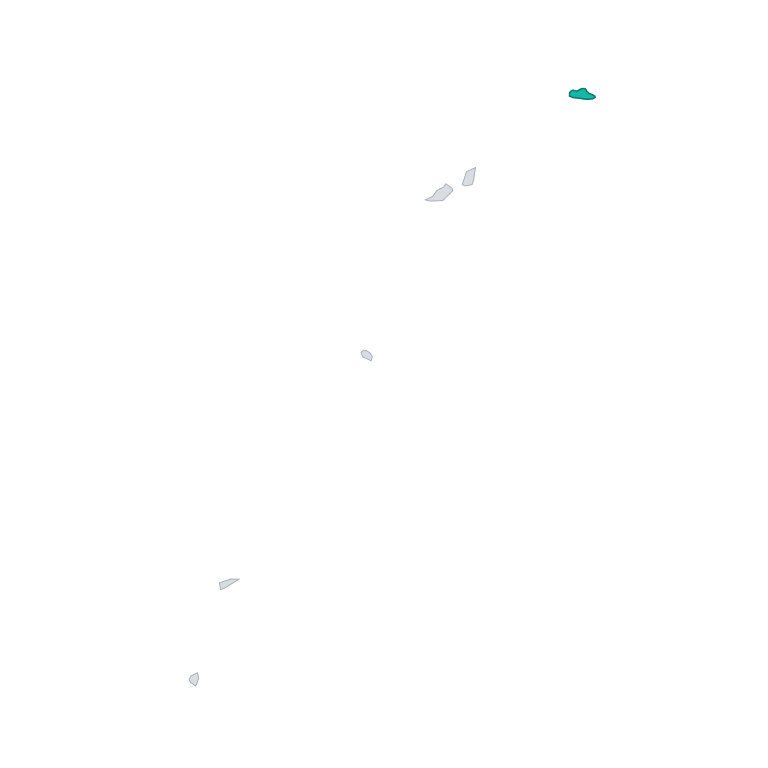 Northern Mariana Islands, with Rota highlighted, rotated 208°
{"feature_id": "MNP-4937", "entity_name": "Rota", "entity_type": "state/province", "adm_level": 1, "iso_a3": "MNP", "parent_name": "Northern Mariana Islands", "parent_adm1": "", "projection": "mercator", "projection_center": [145.214, 14.157], "detail": "fine", "context": "in_parent", "style": "filled", "palette": "teal", "viewbox_px": 768, "rotation_deg": 208, "n_neighbors": 0, "source": "natural_earth", "source_scale": "10m", "svg_char_len": 1059}
<svg xmlns="http://www.w3.org/2000/svg" viewBox="0 0 768 768"><g transform="rotate(208 384 384)"><path d="M423.8,585.9L423.4,589.8L416.0,588.8L414.0,587.1L418.2,573.6L428.8,567.3L433.9,566.0L429.1,572.4L428.2,579.7L423.8,585.9ZM410.8,610.3L404.8,618.0L400.6,606.1L399.9,601.3L405.4,596.9L408.6,597.0L410.8,610.3ZM353.2,732.0L346.0,739.0L340.8,737.6L337.6,735.2L336.8,731.2L348.5,727.3L353.3,728.7L353.2,732.0ZM427.5,140.1L420.5,143.5L429.2,128.5L431.9,125.8L435.9,131.3L427.5,140.1ZM417.5,35.7L413.1,41.4L409.4,37.2L408.4,28.9L414.8,29.7L417.2,31.4L417.5,35.7ZM418.0,404.2L414.9,405.3L410.2,404.7L407.0,402.4L406.3,398.4L415.6,398.1L419.1,401.1L418.0,404.2Z" fill="#d9dde1" stroke="#a8b0b8" stroke-width="1"/><path d="M344.6,728.5L351.4,725.7L355.4,725.3L356.9,728.5L356.4,730.3L355.7,731.6L354.5,732.4L352.5,732.6L351.0,733.2L350.0,734.7L349.1,736.4L348.0,737.7L345.2,739.1L343.7,738.6L342.3,737.5L339.7,736.8L335.4,737.3L333.1,737.2L332.1,736.3L333.7,733.7L337.6,731.2L341.8,729.3L344.6,728.5Z" fill="#14b8a6" stroke="#0f766e" stroke-width="1.5"/></g></svg>